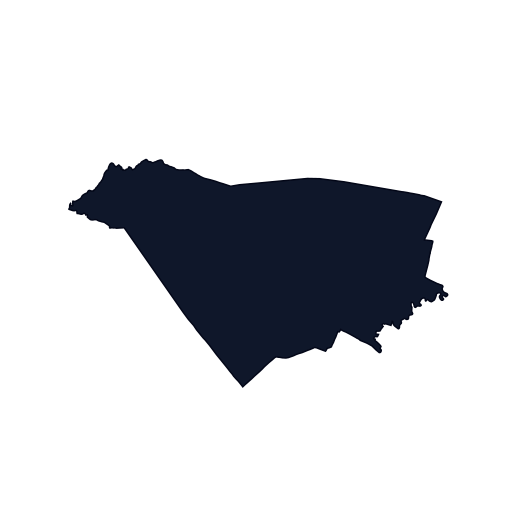 Sangkae, Batdâmbâng, Cambodia, rotated 204°
{"feature_id": "14789045B70272828773622", "entity_name": "Sangkae", "entity_type": "district", "adm_level": 2, "iso_a3": "KHM", "parent_name": "Cambodia", "parent_adm1": "Batdâmbâng", "projection": "orthographic", "projection_center": [103.435, 13.068], "detail": "fine", "context": "isolated", "style": "filled", "palette": "ink", "viewbox_px": 512, "rotation_deg": 204, "n_neighbors": 0, "source": "geoboundaries", "source_scale": "gbopen_adm2", "svg_char_len": 6041}
<svg xmlns="http://www.w3.org/2000/svg" viewBox="0 0 512 512"><g transform="rotate(204 256 256)"><path d="M108.6,380.9L126.1,379.5L126.5,379.5L129.9,378.5L131.8,378.3L138.2,376.8L140.4,376.2L143.6,375.5L147.4,374.5L148.9,374.0L205.7,359.6L229.3,352.5L240.6,347.7L282.2,324.3L300.0,314.4L307.5,309.4L315.5,308.6L319.2,308.1L323.3,307.8L328.4,307.1L334.4,306.0L336.1,305.9L339.3,306.0L340.8,306.2L342.3,306.2L344.7,306.7L345.9,306.7L349.7,307.3L352.9,307.4L353.8,306.9L356.2,305.4L357.3,305.1L361.3,303.2L362.9,302.9L363.4,302.7L363.8,302.6L364.8,302.6L366.5,303.2L367.9,303.1L370.0,303.0L370.6,302.8L371.3,302.7L372.9,302.8L373.4,303.0L374.4,303.0L375.3,302.6L375.9,302.5L376.7,302.6L378.1,302.9L379.5,304.4L380.5,305.0L381.0,305.2L381.5,305.1L382.4,304.8L382.8,304.5L384.8,302.7L385.9,301.3L386.5,300.9L387.6,299.7L388.3,299.2L389.1,299.0L390.0,299.2L391.1,299.1L392.4,298.5L392.8,298.5L393.7,299.0L394.9,299.5L395.4,299.5L395.8,299.4L397.3,297.5L398.4,296.0L398.8,295.4L399.1,294.5L399.0,294.0L399.4,293.1L399.9,292.6L400.3,292.3L400.7,291.9L400.8,290.9L401.0,290.3L401.3,290.0L401.7,289.8L401.9,288.9L402.0,288.0L402.0,286.9L402.1,286.5L403.9,284.5L404.5,284.6L405.6,285.6L406.0,285.7L407.0,285.7L407.5,285.9L408.1,285.8L408.5,285.3L408.2,284.6L408.3,284.2L408.5,283.5L409.0,282.9L409.5,282.7L409.9,282.3L410.0,281.6L410.3,281.0L411.5,280.8L412.2,280.2L412.7,280.4L412.8,281.0L413.4,281.1L414.0,280.6L414.7,280.4L414.9,280.8L414.7,281.4L414.7,282.2L415.1,282.4L417.3,282.9L418.0,283.3L418.5,283.3L419.5,281.3L419.9,280.8L420.6,280.7L421.3,280.8L422.1,281.0L423.3,281.9L423.9,282.2L424.7,282.3L425.2,282.3L425.7,282.2L426.1,281.8L426.6,280.9L426.8,279.7L426.8,277.5L426.5,275.5L426.2,274.7L426.3,274.2L427.1,273.8L427.6,272.3L427.9,270.7L428.0,269.8L427.9,268.5L427.6,267.8L427.5,264.5L427.3,263.7L427.7,262.3L427.8,260.9L428.3,259.4L428.6,258.9L428.7,258.4L428.6,257.8L428.8,256.7L429.2,255.5L429.1,255.1L429.2,254.7L429.7,253.8L430.0,252.7L430.0,252.0L430.2,251.2L431.0,250.0L430.9,249.4L431.4,249.1L432.7,248.5L433.4,248.3L434.6,248.3L435.0,248.1L435.5,247.6L435.8,246.9L435.9,245.1L436.4,244.5L437.8,242.9L439.0,241.0L439.3,240.0L439.4,238.0L439.7,237.3L440.1,236.5L442.0,233.8L443.2,232.5L444.1,231.9L445.0,231.8L445.6,231.5L445.3,230.8L445.0,229.7L444.7,228.9L443.9,228.2L443.9,227.3L444.4,227.0L445.8,226.9L446.2,227.1L446.4,227.6L446.4,228.1L446.8,228.5L447.0,227.8L447.0,227.4L446.7,226.2L445.9,224.3L446.0,223.4L446.0,222.7L445.5,222.6L441.7,223.0L440.5,223.4L439.9,223.8L439.4,224.2L438.8,224.4L438.3,224.3L437.7,223.9L437.2,222.8L436.7,222.1L435.2,222.6L433.3,222.9L432.3,223.2L431.4,223.9L430.8,224.9L430.5,225.1L429.9,225.2L428.8,224.9L428.4,224.5L428.0,224.2L427.5,224.7L426.8,225.1L426.3,224.3L426.0,223.1L425.7,222.9L423.0,222.1L422.1,221.9L421.0,222.1L420.2,222.4L419.2,222.9L418.2,223.6L417.3,224.0L416.3,224.3L414.3,224.1L410.5,224.6L408.4,225.1L402.5,224.0L401.9,223.5L401.5,222.9L401.3,222.4L400.8,222.1L399.6,223.0L398.3,223.5L397.8,223.6L396.4,224.3L394.7,224.7L391.4,226.4L387.9,228.2L299.9,175.1L292.0,170.6L284.7,167.2L280.3,164.4L277.7,163.1L274.2,161.3L270.8,159.6L268.3,158.6L262.5,155.7L260.5,154.6L252.1,149.9L239.1,143.3L236.2,141.8L233.1,140.1L229.6,138.4L227.5,137.1L224.4,135.7L221.4,134.5L216.3,131.9L214.9,131.1L213.8,133.8L210.0,142.1L208.7,145.4L205.7,152.0L204.3,155.4L203.3,158.3L200.9,163.8L198.4,168.9L197.9,170.1L197.1,171.5L196.5,172.1L194.2,172.7L193.1,173.1L190.3,173.8L187.2,175.0L185.2,176.3L181.1,180.2L179.2,182.4L177.1,184.4L174.7,186.4L170.4,190.9L168.6,192.6L166.2,195.2L165.3,196.3L163.1,196.8L160.1,196.9L153.8,197.3L153.6,198.0L153.4,200.6L151.8,201.9L150.8,202.9L150.2,203.6L150.3,205.9L150.1,208.5L150.3,211.7L150.2,214.5L150.5,218.8L150.6,220.2L149.2,220.4L148.9,221.4L148.7,223.4L147.4,223.1L145.0,223.0L143.0,223.1L138.2,222.8L131.7,222.2L130.5,222.0L129.1,222.0L127.7,221.8L126.5,221.3L120.6,221.5L119.0,221.5L117.6,221.4L114.4,221.1L113.5,221.0L110.2,219.8L108.1,219.0L104.1,217.9L103.2,218.5L102.9,219.4L103.1,220.4L103.2,220.8L103.6,221.2L105.0,221.9L105.1,224.3L105.9,224.8L108.3,225.8L110.6,226.6L112.8,227.1L113.1,227.7L113.2,228.4L114.9,228.3L115.0,229.7L114.7,230.4L113.8,231.2L112.5,231.5L112.2,232.4L112.2,234.2L114.1,233.6L114.8,233.6L115.2,234.5L115.5,235.9L115.4,236.4L113.7,237.1L112.3,237.9L112.1,238.5L112.1,239.6L111.2,243.4L113.2,244.1L112.1,246.1L110.7,246.1L110.1,246.8L104.5,247.5L105.0,251.7L104.5,251.7L104.0,250.8L102.5,249.3L101.5,248.7L100.7,248.4L96.6,247.4L96.1,247.5L95.8,248.2L95.9,249.2L96.5,250.5L96.6,251.6L96.3,252.5L95.9,253.5L96.1,254.4L97.3,255.9L97.0,256.8L96.2,257.6L95.1,259.3L94.4,259.5L93.0,259.2L92.1,259.6L91.4,260.2L91.3,260.9L91.9,262.7L92.0,263.7L91.8,264.4L90.7,265.1L89.7,265.9L89.4,266.4L89.5,267.2L91.0,268.5L91.5,269.3L92.7,272.6L93.1,272.9L93.7,273.2L94.3,274.1L95.1,275.8L95.1,276.8L94.4,277.3L93.5,277.2L92.2,276.1L91.5,275.2L91.0,274.4L90.0,273.8L89.3,274.0L88.7,275.4L87.9,276.2L85.8,276.9L85.3,277.4L85.1,278.3L85.8,278.8L87.0,279.0L87.4,279.4L87.8,280.1L87.9,280.7L87.7,281.4L87.6,283.0L87.2,284.4L86.6,285.2L86.1,285.6L85.2,286.1L84.5,286.0L84.0,285.6L83.6,285.0L83.5,284.6L82.8,283.9L82.3,284.3L82.0,285.4L81.8,285.8L81.0,286.1L79.3,285.4L78.3,285.4L77.2,285.5L76.5,286.3L75.2,288.4L75.1,289.4L75.2,291.9L75.4,293.5L75.6,294.3L75.6,295.1L75.1,295.9L74.5,296.4L73.8,296.9L73.0,297.1L71.9,296.9L71.6,296.3L71.6,295.6L72.0,294.1L71.9,293.5L71.4,292.7L70.1,291.7L69.3,291.3L68.3,291.1L67.5,291.5L67.2,292.2L67.1,292.9L67.5,293.3L68.8,293.8L69.2,294.3L69.5,295.1L69.1,295.7L68.2,296.4L66.3,295.9L65.7,296.4L65.0,297.8L65.2,298.7L65.8,299.2L66.6,299.4L67.8,299.3L69.7,299.4L70.6,299.8L71.4,300.3L72.5,301.5L72.7,302.0L72.8,304.1L73.6,304.8L74.1,304.9L75.5,304.8L76.5,304.6L77.8,304.7L78.9,304.5L82.4,304.6L86.9,304.7L91.5,305.1L92.6,305.3L93.3,305.9L93.6,306.9L95.3,317.2L96.3,322.2L97.0,324.3L97.9,328.1L98.0,329.4L98.4,330.4L99.2,335.7L99.8,337.9L100.1,340.2L100.5,341.4L101.7,341.4L108.7,339.2L108.8,339.9L108.6,352.8L108.8,356.0L108.4,367.6L108.6,380.9Z" fill="#0f172a" stroke="#020617" stroke-width="1.5"/></g></svg>